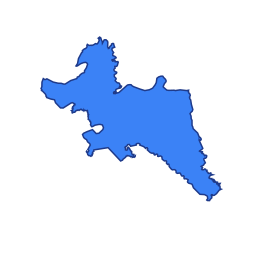 outline of Nanumba South, Northern, Ghana, rotated 251°
{"feature_id": "2480657B24752518727633", "entity_name": "Nanumba South", "entity_type": "district", "adm_level": 2, "iso_a3": "GHA", "parent_name": "Ghana", "parent_adm1": "Northern", "projection": "natural_earth1", "projection_center": [0.077, 8.766], "detail": "fine", "context": "isolated", "style": "filled", "palette": "blue", "viewbox_px": 256, "rotation_deg": 251, "n_neighbors": 0, "source": "geoboundaries", "source_scale": "gbopen_adm2", "svg_char_len": 5888}
<svg xmlns="http://www.w3.org/2000/svg" viewBox="0 0 256 256"><g transform="rotate(251 128 128)"><path d="M34.3,179.0L33.6,179.4L32.8,181.5L33.7,182.4L34.7,184.5L36.0,184.9L37.1,184.7L37.8,185.2L37.5,186.0L36.6,186.3L36.3,187.7L37.1,190.3L39.5,193.9L39.8,196.2L40.5,195.3L43.1,196.0L44.1,194.7L44.4,194.8L44.5,195.6L45.2,195.5L45.1,196.6L45.6,197.1L46.1,195.1L45.9,194.2L46.1,193.8L47.3,193.9L47.3,194.9L47.6,195.0L48.0,194.4L48.4,192.5L49.1,191.5L50.2,191.2L50.1,191.9L49.1,192.3L49.3,193.0L51.3,192.4L51.9,191.6L51.9,190.7L52.9,190.7L52.8,190.1L53.1,189.6L53.8,189.2L53.8,188.6L54.2,188.4L55.0,188.6L56.4,190.4L56.2,192.9L57.2,191.5L58.6,191.6L58.6,189.7L59.1,189.1L59.8,189.2L61.3,188.3L62.2,188.9L62.4,188.3L63.8,187.9L64.3,187.1L63.9,186.1L64.1,185.5L64.4,184.5L65.1,184.2L66.3,185.6L67.9,184.7L68.3,187.3L69.3,188.5L69.9,189.8L73.2,189.4L74.2,189.7L74.5,190.7L74.2,191.4L74.6,192.5L76.0,193.4L77.0,192.8L76.9,191.4L78.9,191.0L79.9,189.7L80.5,189.7L81.0,190.7L81.4,190.6L81.9,188.9L82.8,188.0L83.1,188.2L83.0,189.0L83.4,189.5L83.8,191.1L84.4,192.1L93.2,191.3L93.8,191.5L93.0,192.0L92.8,192.7L93.1,193.3L93.8,193.6L95.0,193.4L96.1,192.8L96.0,192.4L100.6,192.2L106.1,189.4L108.0,189.6L109.6,189.4L114.4,191.0L116.3,190.8L118.8,191.5L121.4,191.3L122.5,193.0L122.8,194.0L124.3,195.3L129.6,195.6L134.2,196.4L135.7,195.9L136.9,196.4L137.2,196.2L138.4,197.4L138.9,197.5L140.0,197.6L140.9,197.0L142.5,197.1L142.7,196.8L144.0,197.6L144.3,195.6L147.1,189.7L148.0,184.9L148.7,183.9L150.3,178.8L151.2,177.0L155.2,174.7L155.9,174.9L158.0,176.8L159.4,179.0L160.2,179.4L161.8,179.3L164.5,178.0L165.4,177.9L165.9,177.3L166.3,175.8L166.3,173.5L165.6,171.5L161.7,169.5L159.9,167.6L157.6,164.2L157.2,160.6L157.9,156.1L160.9,152.0L165.2,146.8L166.4,145.7L167.9,145.0L168.5,143.5L168.8,141.9L168.6,140.9L164.5,131.0L164.8,127.9L164.6,127.2L165.3,125.7L166.2,125.9L166.8,126.8L166.7,127.2L165.7,127.6L165.9,128.5L167.9,128.7L168.4,129.3L168.6,131.0L168.3,133.9L168.5,134.5L169.6,135.5L170.1,135.1L169.9,133.6L170.8,134.5L173.0,134.4L173.6,133.9L174.2,132.6L176.7,131.3L177.1,131.3L178.3,132.8L179.3,132.7L181.0,131.8L182.9,132.4L183.4,134.8L184.1,135.4L184.6,135.4L185.3,134.4L186.6,133.6L187.7,133.6L188.3,134.2L188.7,135.3L190.5,135.6L190.0,137.3L190.5,138.2L193.4,140.2L194.1,140.0L194.8,137.5L196.1,137.7L196.2,135.3L197.5,134.9L197.7,135.1L197.5,137.1L198.1,138.3L198.2,139.6L198.6,139.7L200.0,138.9L201.5,137.2L203.2,137.7L204.0,139.0L205.9,138.4L207.7,138.4L208.7,139.2L208.6,140.3L208.8,141.8L209.6,141.6L212.5,141.8L212.9,141.3L212.8,139.8L211.6,139.1L211.1,137.6L209.5,136.0L209.6,135.3L210.5,135.5L211.2,135.1L215.5,136.8L216.7,136.9L218.6,135.9L219.1,134.2L216.5,131.4L218.2,131.8L219.6,131.5L222.1,131.6L223.2,130.8L222.7,129.4L222.0,130.7L222.0,129.4L220.2,129.3L218.4,127.6L217.6,126.4L217.6,125.9L218.4,124.7L217.9,122.8L217.8,120.7L218.3,120.2L218.5,118.7L219.0,117.8L220.3,116.8L219.5,116.0L218.3,115.8L217.5,115.0L216.9,113.5L217.0,112.5L216.1,110.1L214.8,109.8L214.2,108.5L209.8,103.8L205.4,101.3L203.6,99.0L203.3,99.3L203.2,100.5L204.2,104.1L204.3,107.1L203.9,109.3L203.0,110.2L201.5,110.6L198.4,108.2L196.3,105.5L194.8,105.0L194.5,104.2L194.7,103.2L194.5,101.8L193.8,100.0L192.6,98.3L192.7,96.7L191.4,95.7L191.5,89.3L190.0,82.9L190.4,81.6L192.0,79.4L193.1,76.5L195.8,72.2L200.9,67.3L200.7,66.4L200.9,65.1L202.3,64.0L199.4,61.6L195.1,60.0L193.5,58.6L192.4,59.0L191.6,58.4L190.9,59.1L187.1,60.9L185.3,61.1L184.8,60.8L183.9,61.2L183.3,61.0L180.6,64.3L178.6,67.7L175.5,67.7L169.0,70.7L168.0,73.2L170.1,82.0L170.1,83.6L169.2,84.5L168.1,85.5L167.5,85.0L167.2,85.2L167.1,84.0L166.4,83.8L166.0,82.5L165.4,82.3L165.0,81.8L164.6,82.4L162.9,81.4L163.1,81.1L162.7,80.8L162.8,80.3L162.2,80.6L160.8,80.2L160.8,80.8L160.4,80.8L160.7,81.5L160.3,82.6L160.5,83.5L161.1,84.1L161.4,85.5L161.1,86.1L161.3,86.3L161.0,87.3L160.6,87.5L161.1,89.2L160.6,89.6L160.8,90.0L159.2,91.1L159.3,91.7L158.9,91.8L159.2,92.0L158.9,92.0L158.9,92.7L158.5,92.8L158.4,93.7L157.6,94.8L157.7,95.3L156.8,95.2L156.4,94.8L155.0,95.1L154.4,94.6L153.5,94.6L153.4,94.8L153.2,94.5L152.3,94.5L152.2,94.0L150.3,93.8L149.1,93.2L147.7,94.3L146.5,94.1L146.2,94.6L144.7,94.5L143.3,93.6L141.1,94.0L140.9,94.9L141.4,97.7L140.9,101.3L140.5,102.8L139.2,104.8L136.3,104.9L134.7,103.7L132.5,98.8L133.1,96.1L138.0,93.9L137.9,88.3L137.5,84.5L136.7,82.9L133.4,83.0L131.6,84.0L130.6,85.0L128.1,85.3L125.7,86.7L124.2,86.8L120.7,83.0L119.5,83.6L118.4,82.8L118.3,82.1L118.6,81.5L119.5,81.3L119.1,80.9L117.8,81.4L115.9,81.3L114.7,81.9L114.2,83.0L113.3,83.7L113.6,84.3L113.6,85.0L114.3,85.1L114.2,85.4L115.2,86.4L115.8,86.1L116.6,86.7L117.1,88.1L117.8,88.1L118.4,88.6L115.9,102.8L99.2,110.3L99.4,112.4L100.0,113.0L101.2,116.3L101.9,116.9L101.8,118.0L102.2,118.3L100.9,120.5L99.9,121.2L100.0,121.6L99.2,122.8L98.9,122.7L99.0,123.2L98.3,124.3L98.7,124.7L98.6,125.4L99.2,125.7L98.9,124.9L99.3,124.4L100.3,124.5L100.7,124.1L100.8,124.4L101.1,123.8L101.3,124.1L101.4,123.7L102.2,123.3L103.6,123.3L104.1,123.8L104.9,123.7L105.5,123.1L108.3,122.7L109.7,122.0L109.3,120.7L108.2,120.8L107.4,119.7L108.2,118.5L109.8,119.0L110.8,118.9L111.2,119.7L111.3,121.0L112.4,122.3L112.0,123.9L109.9,124.5L109.2,130.3L110.1,130.5L110.4,131.4L110.0,133.0L109.3,133.9L108.5,134.1L108.0,133.6L105.3,136.8L103.0,138.0L103.4,138.8L103.1,139.7L101.8,139.9L101.1,139.1L97.7,140.9L96.6,142.0L95.8,144.1L95.0,144.3L94.4,144.0L93.7,144.6L94.1,146.4L93.5,147.3L91.6,146.9L91.2,147.4L91.0,149.7L89.9,150.6L87.3,150.2L85.0,151.7L84.6,153.3L84.0,153.6L82.1,152.9L80.7,153.5L80.8,154.3L80.3,154.9L78.1,154.4L74.9,155.6L74.0,156.3L73.6,158.2L72.7,159.2L71.7,159.4L70.1,159.0L69.1,159.8L68.6,162.1L68.2,162.7L65.4,163.1L64.9,163.6L64.8,164.8L64.1,165.3L62.4,164.6L61.6,164.7L61.0,166.6L59.5,168.0L57.7,166.7L57.1,166.8L56.0,167.5L54.6,169.6L53.8,170.3L50.2,170.4L41.9,174.4L40.1,178.7L38.2,180.5L37.5,180.8L35.3,180.4L34.3,179.0Z" fill="#3b82f6" stroke="#1e3a8a" stroke-width="1.5"/></g></svg>